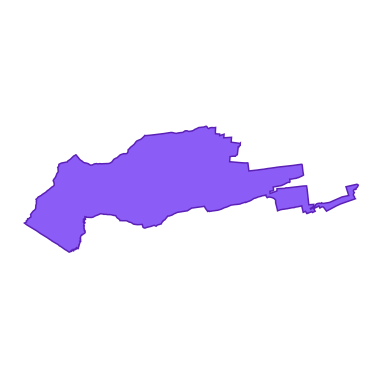 Sinesti, Iasi, Romania, rotated 93°
{"feature_id": "2599482B42807435674688", "entity_name": "Sinesti", "entity_type": "district", "adm_level": 2, "iso_a3": "ROU", "parent_name": "Romania", "parent_adm1": "Iasi", "projection": "mercator", "projection_center": [27.207, 47.114], "detail": "fine", "context": "isolated", "style": "filled", "palette": "violet", "viewbox_px": 384, "rotation_deg": 93, "n_neighbors": 0, "source": "geoboundaries", "source_scale": "gbopen_adm2", "svg_char_len": 6048}
<svg xmlns="http://www.w3.org/2000/svg" viewBox="0 0 384 384"><g transform="rotate(93 192 192)"><path d="M229.5,355.9L230.6,355.7L231.8,357.7L233.6,355.0L238.9,345.1L241.3,341.3L245.6,333.4L246.6,331.9L247.5,330.3L248.3,329.2L251.6,322.8L252.6,321.7L253.6,319.7L256.0,316.0L257.5,313.1L258.3,312.0L258.4,311.2L258.2,311.0L258.1,310.6L257.4,310.0L257.3,309.9L257.7,309.6L257.6,309.3L257.1,308.9L256.4,308.8L256.9,307.3L256.7,307.3L256.3,307.9L255.7,307.7L255.8,307.5L256.2,307.4L256.5,307.0L256.2,306.8L255.7,306.9L255.3,306.4L255.6,305.7L255.0,305.4L255.1,304.9L254.9,304.3L254.7,304.3L254.2,304.9L253.6,304.3L254.0,304.0L254.0,303.4L254.5,302.8L254.1,302.5L252.4,302.4L251.8,302.0L251.1,302.3L250.7,301.9L250.2,302.0L249.8,301.6L248.1,301.3L247.4,300.6L247.1,300.8L246.8,301.3L246.4,300.7L245.4,300.9L244.8,300.7L244.7,300.8L244.8,301.1L244.0,301.3L243.2,300.9L242.2,300.9L241.2,300.3L241.1,299.9L240.4,299.7L240.3,299.1L239.5,298.2L239.4,297.9L238.6,296.9L237.9,296.6L237.1,296.7L237.0,296.9L236.4,296.8L236.1,297.5L235.6,297.3L234.8,297.7L234.3,297.7L233.6,298.2L232.5,297.8L231.6,298.4L231.2,297.9L230.6,298.3L230.2,298.2L229.4,298.3L229.1,298.2L228.9,297.7L228.4,297.2L228.1,297.3L227.9,297.5L228.1,298.3L228.0,298.8L227.7,299.0L227.4,299.0L227.1,298.4L226.8,298.1L226.3,298.0L225.7,298.2L225.5,299.0L224.8,298.9L224.7,298.7L224.8,298.5L225.3,298.5L225.3,297.5L224.9,296.9L224.5,297.0L224.2,297.6L224.0,297.3L223.8,297.3L223.3,297.6L222.3,297.6L222.5,297.0L222.3,296.4L222.8,296.0L222.7,290.8L222.1,289.1L221.3,288.0L220.3,286.0L219.9,284.9L218.5,282.3L218.6,280.0L218.9,279.2L218.9,278.3L218.8,276.7L219.0,275.1L218.9,273.4L218.9,271.6L219.6,268.4L219.4,267.7L219.8,266.8L221.3,265.8L221.9,265.1L223.1,263.3L223.7,262.7L224.4,262.4L224.3,261.2L224.3,259.2L224.1,256.5L224.3,255.3L225.3,253.2L225.7,251.1L227.1,248.8L227.3,247.6L227.5,244.7L227.0,240.0L229.9,239.0L230.2,238.4L230.5,237.1L229.6,235.0L228.4,230.8L227.5,228.9L227.3,228.0L228.0,226.0L226.7,224.8L226.1,222.7L225.7,221.9L225.6,221.2L223.2,220.0L222.8,219.4L222.2,219.3L221.2,217.7L217.3,214.9L217.2,213.6L216.0,210.6L214.9,209.1L213.1,205.5L211.0,195.6L208.1,191.5L206.9,185.3L205.7,178.9L207.8,177.6L210.6,175.3L210.4,174.9L210.0,174.8L210.2,173.7L210.5,173.6L209.8,170.4L208.9,165.4L207.6,161.8L206.1,159.1L205.0,156.1L203.1,152.4L202.9,151.5L202.3,148.4L202.0,146.0L201.4,143.1L200.8,142.0L199.4,138.2L199.7,137.9L198.3,134.9L198.1,134.2L197.3,132.7L195.2,129.8L194.6,127.9L193.4,125.4L192.8,123.2L192.1,121.7L191.7,119.6L191.4,118.8L191.2,118.0L192.0,117.9L193.7,116.7L193.7,116.4L193.3,115.8L193.0,115.0L193.0,114.1L193.4,111.5L194.4,109.4L195.7,108.1L198.4,107.9L204.6,106.0L206.3,105.6L205.1,102.7L204.7,101.1L203.6,95.6L202.5,91.4L202.2,89.0L201.8,88.4L201.0,84.7L200.1,81.7L206.5,79.9L206.2,79.2L205.6,78.2L205.4,77.6L207.3,76.4L207.1,76.0L207.4,75.8L205.5,71.7L205.6,71.3L206.2,70.7L204.8,68.0L202.2,69.5L200.1,65.7L199.3,64.6L201.3,63.4L200.0,61.5L200.2,59.9L204.1,56.7L198.3,47.1L196.2,43.1L190.2,28.5L189.4,29.3L188.5,29.4L187.0,30.5L186.4,30.7L185.4,30.6L184.1,29.8L183.8,30.0L183.5,30.5L182.3,30.9L181.1,30.3L180.9,30.0L180.7,29.6L181.0,29.0L180.6,28.3L179.6,28.3L178.9,27.5L178.1,26.9L176.4,26.3L175.7,27.4L175.7,28.0L178.7,38.5L187.3,35.3L189.1,42.0L195.2,54.1L196.4,59.6L196.5,60.8L196.1,62.0L196.4,62.0L196.7,62.3L196.5,64.2L197.0,66.3L197.3,66.9L198.0,67.7L199.8,68.5L201.3,69.7L201.4,70.3L202.9,72.5L202.2,72.9L201.1,71.2L200.1,70.0L199.2,69.8L198.0,69.7L198.6,74.7L183.7,77.1L179.9,77.9L180.2,81.1L182.6,95.2L182.9,97.3L182.9,98.3L183.5,99.7L184.2,107.3L186.5,107.3L189.4,113.9L187.3,114.2L186.5,111.4L185.9,110.6L182.8,111.2L180.8,102.7L180.4,102.2L179.8,100.8L177.9,97.7L177.2,96.1L177.3,95.0L176.9,94.8L176.2,94.7L174.1,95.1L173.9,93.3L173.1,90.1L173.0,89.2L172.7,88.1L172.2,87.6L172.2,86.7L169.8,82.2L169.2,81.5L166.3,82.2L159.6,83.3L158.7,83.6L158.6,84.1L159.2,87.6L159.4,88.4L160.3,93.2L162.6,107.3L163.9,113.7L164.6,117.6L165.5,121.6L166.0,124.7L166.6,127.7L168.0,136.3L160.1,137.7L160.0,138.5L160.2,139.9L160.2,143.5L159.8,156.0L154.7,155.9L154.2,153.8L154.0,150.5L153.0,149.8L152.4,148.7L145.2,148.2L144.6,148.3L144.5,147.4L143.7,147.3L143.0,146.3L140.6,146.3L140.9,146.6L140.9,147.2L140.2,155.5L135.3,155.4L136.2,163.1L132.6,163.0L134.2,167.3L132.7,167.4L132.6,171.6L130.6,171.8L126.3,171.8L126.6,173.1L126.6,175.5L126.7,176.5L127.0,177.5L127.7,178.4L127.8,178.8L127.1,179.9L126.4,180.2L125.7,180.9L125.6,181.4L126.5,183.7L127.3,188.7L128.5,190.7L129.4,192.6L130.0,193.2L130.9,194.8L131.6,197.6L131.6,198.7L131.1,200.3L131.3,202.1L132.6,203.8L133.0,204.5L133.3,206.7L133.9,209.5L134.3,210.7L134.1,212.5L133.6,215.0L133.7,216.4L135.2,223.6L137.5,236.8L138.1,241.1L138.0,241.7L138.1,241.8L138.0,242.1L139.1,242.9L141.6,245.3L142.1,246.0L143.8,249.6L144.6,250.4L147.6,252.4L150.8,256.0L152.1,256.8L152.9,257.9L155.6,258.1L156.9,259.0L157.2,259.9L157.3,262.3L158.6,265.5L159.2,266.2L160.8,267.7L161.8,268.8L162.5,270.3L163.5,271.8L166.2,273.6L167.4,275.3L167.9,276.7L168.4,282.3L168.6,283.2L168.5,285.7L168.9,287.5L168.6,288.9L169.1,291.1L170.2,292.9L170.5,294.7L170.3,295.2L169.9,295.8L169.7,296.4L169.3,296.7L168.7,298.8L168.4,301.0L168.0,302.0L166.8,303.5L166.4,304.4L165.5,305.6L164.1,307.0L163.6,307.2L162.8,308.2L161.1,309.5L161.0,310.0L161.1,310.3L161.9,311.1L162.2,312.0L165.5,315.0L167.8,317.9L168.3,318.0L168.7,318.4L168.8,319.5L170.0,324.1L171.3,326.3L171.7,326.4L173.1,326.4L174.6,327.4L175.4,327.0L177.0,326.9L178.3,326.6L179.4,327.0L180.7,327.9L183.1,328.6L185.1,329.5L185.9,330.2L187.7,331.2L188.3,331.1L189.0,330.6L190.7,330.1L192.3,330.0L192.8,330.1L193.8,331.2L194.3,332.1L197.6,335.5L198.0,336.3L199.8,337.9L202.4,341.5L203.3,342.3L203.9,343.5L204.5,344.1L204.8,345.0L205.3,345.5L206.8,346.5L207.3,347.3L207.5,347.4L208.6,346.8L209.9,347.0L211.6,346.7L213.2,347.2L216.9,347.3L218.4,348.3L219.1,349.3L220.2,350.2L222.9,352.0L224.3,351.6L225.4,351.6L226.1,352.7L227.0,353.4L227.2,353.9L227.2,354.5L227.3,354.7L227.8,354.5L228.5,354.8L228.8,355.3L229.1,355.4L229.5,355.9Z" fill="#8b5cf6" stroke="#5b21b6" stroke-width="1.5"/></g></svg>